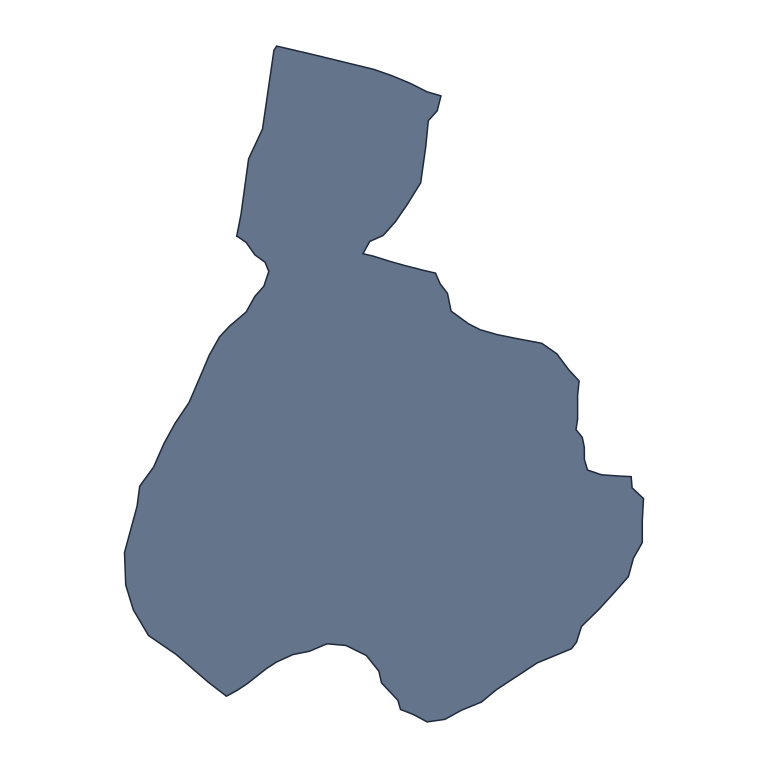 the district of Järfälla, Stockholm, Sweden
{"feature_id": "70781695B58172703423372", "entity_name": "Järfälla", "entity_type": "district", "adm_level": 2, "iso_a3": "SWE", "parent_name": "Sweden", "parent_adm1": "Stockholm", "projection": "natural_earth1", "projection_center": [17.825, 59.445], "detail": "fine", "context": "isolated", "style": "filled", "palette": "slate", "viewbox_px": 768, "rotation_deg": 0, "n_neighbors": 0, "source": "geoboundaries", "source_scale": "gbopen_adm2", "svg_char_len": 1396}
<svg xmlns="http://www.w3.org/2000/svg" viewBox="0 0 768 768"><path d="M631.2,476.6L620.1,476.1L601.5,474.8L587.5,470.0L584.4,459.5L584.3,447.2L582.3,437.4L576.0,429.6L577.6,419.4L577.6,395.3L579.1,381.0L568.8,369.8L556.8,353.8L541.8,343.3L516.9,338.6L496.7,334.5L480.1,329.7L468.2,323.6L451.1,311.1L447.5,293.4L440.2,283.9L435.5,273.1L422.1,270.0L403.9,265.3L389.4,261.2L373.3,256.1L363.0,253.7L369.7,241.5L383.2,235.4L395.4,221.7L401.9,212.2L406.8,205.2L420.7,182.8L425.8,146.4L428.3,120.7L437.2,110.8L441.0,95.9L427.0,91.8L410.6,83.5L392.9,76.1L373.9,69.4L309.4,53.7L276.6,46.1L273.9,50.4L262.5,129.0L248.6,158.8L241.0,214.3L236.7,236.2L237.0,236.2L246.1,242.4L254.9,254.9L265.1,262.3L268.8,271.4L263.8,286.3L254.9,296.3L246.1,312.0L229.6,326.1L219.5,336.9L209.3,355.1L203.0,370.0L189.1,402.4L175.2,423.1L163.8,443.8L153.6,467.1L139.7,486.1L137.1,506.0L124.5,552.5L125.7,584.9L133.3,609.8L148.5,635.5L176.3,654.6L208.0,682.0L226.4,696.2L237.1,690.4L247.2,683.7L266.2,668.8L276.4,662.1L292.8,654.6L309.3,651.3L327.0,643.8L346.0,645.5L366.3,655.5L378.9,671.2L381.5,682.9L397.9,700.3L400.5,709.5L413.1,714.4L427.1,721.9L444.8,719.4L461.3,710.3L481.5,702.0L496.7,689.5L520.8,673.7L537.2,662.9L571.4,648.8L576.5,642.2L581.5,626.4L599.3,609.0L614.4,592.4L628.4,576.6L633.4,558.3L642.3,542.6L642.3,521.0L643.5,498.6L632.1,487.8L631.2,476.6Z" fill="#64748b" stroke="#1e293b" stroke-width="1.5"/></svg>